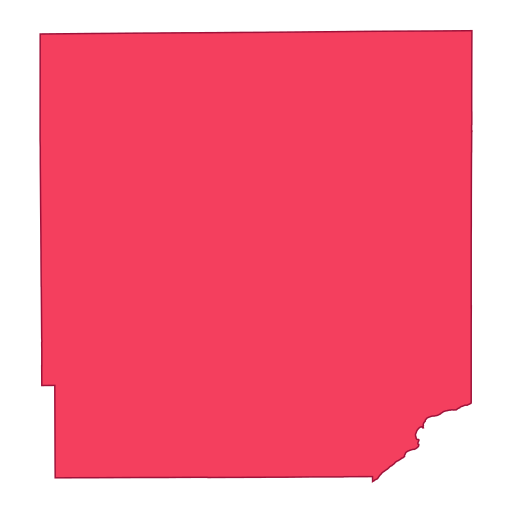 Cleve, South Australia, Australia (Albers equal-area conic projection)
{"feature_id": "25037944B98257545318432", "entity_name": "Cleve", "entity_type": "district", "adm_level": 2, "iso_a3": "AUS", "parent_name": "Australia", "parent_adm1": "South Australia", "projection": "albers", "projection_center": [136.475, -33.66], "detail": "fine", "context": "isolated", "style": "filled", "palette": "rose", "viewbox_px": 512, "rotation_deg": 0, "n_neighbors": 0, "source": "geoboundaries", "source_scale": "gbopen_adm2", "svg_char_len": 4861}
<svg xmlns="http://www.w3.org/2000/svg" viewBox="0 0 512 512"><path d="M40.2,34.0L40.1,139.9L40.1,140.0L40.2,143.9L40.3,147.4L40.3,160.3L40.3,162.7L40.5,187.8L40.6,203.1L40.9,236.0L40.9,236.4L40.9,241.5L41.0,252.2L41.0,252.7L41.0,257.8L41.2,286.4L41.3,286.5L41.7,338.1L41.9,341.8L41.8,342.0L41.7,342.1L41.7,343.8L41.7,345.4L41.8,348.9L41.8,356.1L41.8,360.6L41.8,361.0L41.8,361.5L41.8,363.3L41.8,365.8L41.7,365.8L41.8,385.5L54.8,385.4L55.0,438.8L55.1,465.0L55.2,477.8L55.3,477.8L55.5,477.8L60.6,477.8L82.8,477.7L95.8,477.7L116.9,477.6L143.7,477.5L167.1,477.5L177.8,477.4L204.4,477.3L204.7,477.3L207.3,477.3L207.7,477.5L229.4,477.4L240.4,477.4L247.7,477.3L250.4,477.3L258.8,477.3L260.2,477.3L267.2,477.2L283.8,477.2L293.3,477.1L314.2,476.9L331.4,476.9L343.4,476.9L343.9,476.7L372.5,476.6L372.6,481.0L372.6,481.3L372.7,481.2L373.5,481.1L374.0,480.8L374.2,480.6L374.8,480.0L374.9,479.9L375.5,479.7L375.8,479.5L376.4,479.2L377.0,479.0L377.2,478.9L377.8,478.3L377.9,478.1L378.2,477.6L378.3,477.5L378.6,477.0L378.7,476.9L378.9,476.6L379.1,476.3L379.4,475.9L379.8,475.5L379.9,475.3L380.1,475.0L380.2,474.9L380.3,474.8L381.0,474.2L381.7,473.2L381.9,473.0L382.5,472.5L382.9,472.2L383.3,471.8L383.7,471.5L383.9,471.5L384.5,471.1L385.3,470.4L386.0,470.0L386.6,469.5L387.1,469.3L387.3,469.1L387.5,469.0L387.8,468.7L388.8,467.8L389.3,467.2L389.8,466.7L390.6,466.2L390.9,466.0L391.3,465.9L391.9,465.6L392.1,465.3L392.8,464.7L393.2,464.5L393.3,464.4L393.5,464.2L393.8,464.0L394.5,463.4L395.1,462.5L395.2,462.4L395.4,462.2L395.7,462.0L396.5,461.5L397.1,461.1L397.3,461.0L398.8,460.4L399.0,460.1L399.4,459.8L400.2,459.4L400.9,459.0L401.1,458.8L401.3,458.5L401.6,458.3L401.6,458.2L401.9,458.2L402.0,458.2L402.4,458.0L402.9,457.8L403.2,457.6L403.4,457.2L403.5,457.1L403.8,457.0L404.5,456.6L404.6,456.3L404.5,455.8L404.5,455.5L404.6,455.0L404.8,454.7L405.4,453.7L405.5,453.1L405.7,452.8L405.8,452.7L406.0,452.4L406.5,452.0L407.1,451.6L407.6,451.3L407.7,451.2L408.2,451.0L408.9,450.8L409.5,450.4L409.9,450.3L411.1,449.9L412.8,449.4L413.3,449.3L414.1,449.4L415.1,449.0L415.8,448.6L417.0,447.8L417.4,447.3L417.6,447.2L418.3,446.6L418.7,445.8L418.7,445.3L418.8,444.7L418.8,444.4L418.3,444.2L418.0,444.1L417.9,443.9L417.8,443.2L417.9,442.7L418.4,441.6L418.9,440.5L418.9,440.3L418.9,439.9L418.8,439.7L418.7,439.6L418.1,439.4L417.8,439.4L417.2,439.5L416.9,439.4L416.7,439.2L416.2,438.4L416.1,438.1L416.1,437.2L416.0,436.9L415.9,436.8L415.7,436.7L415.6,436.4L415.6,435.9L415.5,434.7L415.5,434.2L415.6,433.9L416.0,433.1L416.2,432.5L416.4,432.0L416.7,431.1L416.9,430.7L417.0,430.5L417.8,429.4L418.5,428.6L418.8,428.2L419.5,427.7L420.1,427.2L421.0,426.9L421.8,426.7L421.9,427.1L422.2,427.3L422.7,427.3L422.9,427.9L423.4,427.8L423.1,426.8L422.8,426.6L422.9,426.4L423.1,426.3L423.2,426.1L423.3,426.0L423.3,425.9L423.4,425.7L423.3,425.4L423.3,425.1L423.2,424.5L423.3,424.2L423.4,423.8L423.7,423.0L423.8,423.0L424.0,422.6L424.4,422.0L425.1,421.4L425.2,421.2L425.3,420.2L425.5,419.8L426.1,419.2L426.6,418.5L427.1,418.0L427.4,417.9L427.7,417.7L428.8,417.2L429.7,416.9L431.7,416.2L432.1,416.1L432.4,416.1L433.6,416.0L434.0,416.1L434.7,415.9L435.1,415.8L436.5,415.6L436.8,415.5L437.0,415.5L437.7,415.2L438.3,415.0L439.1,414.5L439.5,414.4L439.7,414.2L439.8,414.1L440.4,414.0L440.6,413.8L440.8,413.5L440.8,413.4L441.8,412.8L442.9,412.1L443.4,411.6L444.5,411.3L445.4,411.0L445.9,410.8L446.8,410.8L447.2,410.7L447.5,410.5L448.2,410.4L449.0,410.2L449.5,410.1L450.7,410.1L451.5,409.8L452.4,409.8L453.1,410.0L453.4,410.0L453.5,410.0L453.8,410.0L453.9,409.9L454.0,409.9L454.8,409.9L455.2,409.9L456.4,409.8L456.6,409.6L457.0,409.3L457.1,409.1L458.1,408.4L458.7,408.2L458.8,408.1L459.0,408.0L459.3,407.9L459.7,407.8L459.9,407.4L460.0,407.3L460.3,407.1L460.5,406.9L460.9,406.8L461.3,406.5L462.3,406.3L464.2,405.5L464.9,405.2L467.1,405.2L467.5,405.1L468.0,404.7L468.4,404.5L468.7,404.4L469.2,404.2L469.7,404.0L470.3,403.6L470.6,403.5L470.6,403.4L471.1,403.1L471.2,402.2L471.2,380.7L471.2,351.8L471.2,324.2L471.3,306.8L471.2,306.9L471.2,303.9L471.2,303.6L471.2,302.1L471.2,297.3L471.2,292.9L471.2,286.4L471.2,286.2L471.2,280.7L471.2,272.6L471.2,272.4L471.2,265.3L471.2,256.7L471.2,249.1L471.2,248.1L471.2,245.4L471.2,242.2L471.2,235.7L471.3,225.9L471.3,203.5L471.3,203.1L471.4,174.5L471.5,152.4L471.6,152.2L471.6,149.0L471.7,132.2L471.8,131.8L471.6,131.9L471.6,127.8L471.6,125.4L471.6,125.2L471.8,124.7L471.8,111.7L471.7,111.4L471.7,93.5L471.8,53.9L471.9,31.1L471.9,30.7L445.6,30.9L431.6,31.0L390.3,31.2L374.0,31.3L373.3,31.3L350.7,31.5L344.7,31.6L340.8,31.6L333.4,31.7L309.7,31.9L300.2,32.0L277.7,32.2L276.3,32.2L269.2,32.2L268.6,32.3L250.3,32.4L244.4,32.4L235.1,32.5L233.2,32.5L211.3,32.7L211.1,32.7L206.5,32.7L206.1,32.7L197.7,32.8L187.8,32.8L174.2,32.9L157.8,33.0L157.5,33.1L157.2,33.1L145.5,33.1L145.1,33.1L130.4,33.2L108.7,33.4L92.9,33.5L40.2,34.0Z" fill="#f43f5e" stroke="#9f1239" stroke-width="1.5"/></svg>